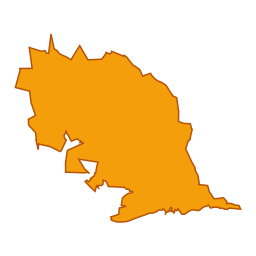 the district of Ramos Arizpe, Coahuila, Mexico
{"feature_id": "50627088B1488755030545", "entity_name": "Ramos Arizpe", "entity_type": "district", "adm_level": 2, "iso_a3": "MEX", "parent_name": "Mexico", "parent_adm1": "Coahuila", "projection": "natural_earth1", "projection_center": [-101.014, 25.924], "detail": "fine", "context": "isolated", "style": "filled", "palette": "amber", "viewbox_px": 256, "rotation_deg": 0, "n_neighbors": 0, "source": "geoboundaries", "source_scale": "gbopen_adm2", "svg_char_len": 5144}
<svg xmlns="http://www.w3.org/2000/svg" viewBox="0 0 256 256"><path d="M173.6,213.6L173.8,213.2L173.9,212.9L174.1,212.7L174.2,212.4L174.3,212.4L174.5,212.1L174.6,211.8L174.7,211.6L174.8,211.4L174.8,211.2L175.0,211.0L175.0,210.8L175.1,210.4L175.1,209.6L176.6,210.5L177.0,210.7L177.9,208.7L181.8,214.2L184.3,214.3L185.3,213.7L186.7,212.9L187.3,212.2L187.6,212.1L188.2,211.7L190.7,210.4L191.1,210.1L191.7,209.9L192.2,209.8L198.6,210.6L199.2,210.2L199.3,210.3L201.0,209.1L203.0,207.3L203.7,206.9L204.1,206.8L204.4,206.6L204.9,206.5L205.3,206.5L206.0,206.4L206.4,206.4L207.6,205.5L208.4,205.0L210.2,207.8L211.3,208.0L211.5,208.0L211.7,207.9L211.9,207.8L212.2,207.5L212.9,207.2L213.2,207.3L214.1,207.4L215.1,207.1L215.5,207.1L216.0,207.1L216.6,207.2L218.0,207.5L218.4,207.6L218.7,207.5L219.1,207.4L219.6,207.8L219.8,208.3L221.9,208.2L222.9,208.5L223.7,208.7L223.8,208.8L224.2,209.0L224.6,209.1L224.8,209.1L225.3,209.2L225.9,209.2L226.3,209.2L227.2,209.3L227.4,209.4L227.6,209.4L229.1,208.1L240.6,209.2L239.2,205.8L238.2,205.4L237.6,205.3L235.6,205.2L235.2,205.0L234.7,204.8L234.3,204.6L233.9,204.5L233.4,204.3L233.0,204.2L232.7,204.1L232.2,204.0L231.9,203.8L231.5,203.6L230.8,203.5L230.4,203.4L230.0,203.3L229.6,203.3L229.4,203.3L229.1,203.3L228.7,203.4L227.3,203.7L227.0,203.8L226.9,203.8L226.6,203.7L226.6,203.3L226.5,203.1L226.5,202.9L226.7,202.7L226.8,202.5L226.9,202.4L227.0,202.2L227.0,201.9L223.6,197.9L223.1,197.8L222.5,197.7L222.3,197.7L221.7,197.7L221.4,197.8L221.0,198.0L220.5,198.1L220.1,198.2L219.6,198.5L219.4,198.6L219.1,198.6L218.8,198.5L218.6,198.4L218.4,198.3L217.8,198.4L217.1,198.5L216.7,198.6L216.4,198.6L216.2,198.6L215.9,198.6L215.7,198.6L214.8,198.7L214.1,198.8L209.2,191.6L208.4,188.3L207.6,185.5L199.1,184.6L198.7,184.4L199.2,183.2L198.0,175.7L195.4,170.7L195.0,167.6L191.8,162.1L185.7,148.9L188.2,141.1L188.3,140.9L189.4,140.3L189.8,139.9L190.1,139.3L190.3,137.9L190.6,136.3L192.2,129.3L191.5,128.6L190.3,123.8L183.3,123.3L178.5,121.4L178.7,111.1L178.5,110.4L176.7,97.8L172.4,95.6L172.4,94.9L170.7,92.9L170.2,92.0L169.5,90.6L168.6,89.6L167.5,87.5L166.9,86.5L166.7,86.3L165.8,85.2L164.8,84.4L164.1,84.0L163.3,83.4L163.0,83.3L162.1,82.7L161.5,82.3L158.5,81.2L155.1,79.1L151.6,75.3L150.6,73.3L145.0,75.2L142.6,76.1L139.8,69.7L135.6,66.6L132.9,65.0L126.6,57.0L124.1,55.3L123.7,56.2L111.6,51.3L111.4,52.2L110.9,53.3L109.8,53.8L108.6,53.6L107.5,53.1L106.5,52.5L105.9,52.3L105.8,52.5L105.9,52.8L106.0,52.9L106.0,53.1L105.9,53.4L105.9,53.6L105.6,54.0L105.4,54.1L104.6,55.4L101.7,59.2L92.6,59.6L87.9,59.8L86.1,56.6L84.6,54.1L79.7,45.6L70.9,59.9L68.2,58.0L68.0,57.9L67.5,57.6L67.2,57.4L59.6,53.9L57.3,50.8L54.1,48.7L51.0,34.0L48.6,53.4L46.3,53.0L45.2,50.7L41.1,51.2L29.3,47.5L32.1,68.4L19.7,68.5L20.1,70.3L15.4,87.5L29.6,91.2L31.1,102.7L35.5,115.5L28.3,119.3L28.4,120.0L28.6,124.4L29.2,125.8L33.6,130.5L35.6,132.8L36.3,139.3L35.9,139.6L38.2,149.7L38.7,144.0L50.1,146.6L60.1,151.6L61.2,150.8L66.4,139.9L64.8,138.9L64.7,137.8L64.2,136.7L64.0,135.7L64.2,135.2L64.5,134.6L64.9,134.0L66.2,132.9L65.5,130.4L71.3,141.2L77.3,138.8L79.5,140.8L80.5,140.8L80.6,141.9L80.2,142.4L81.5,142.1L82.0,143.2L84.1,142.8L67.4,150.4L65.5,162.9L65.6,172.2L83.2,172.8L87.8,172.5L89.5,173.4L84.5,168.8L82.0,164.6L80.6,162.4L78.7,159.2L98.0,162.1L96.7,166.6L96.3,169.4L95.8,172.5L95.5,172.6L95.0,172.9L94.9,172.9L94.3,175.8L90.7,178.3L91.2,178.7L88.5,181.8L86.9,180.1L85.1,181.6L89.9,186.6L95.0,191.4L95.4,190.1L96.3,186.5L98.3,187.8L97.4,185.8L98.5,186.2L99.1,185.4L100.9,185.5L101.4,185.5L101.7,185.5L103.0,184.3L103.1,180.1L106.4,181.8L108.3,186.5L124.2,187.4L124.5,187.3L126.3,189.2L128.7,189.2L129.7,191.3L131.2,191.0L132.6,192.0L131.1,193.1L128.9,193.2L128.0,193.7L127.0,194.1L124.1,196.4L123.1,197.5L122.5,198.0L122.2,199.2L121.3,205.3L126.1,206.2L119.3,208.0L118.9,213.1L118.7,214.3L110.7,217.0L111.3,218.2L111.6,218.7L111.6,218.8L111.1,219.2L111.3,220.0L111.5,220.1L114.3,221.1L117.2,222.0L121.2,222.0L122.8,221.9L125.0,221.7L127.4,221.4L134.7,218.6L139.1,217.0L140.9,216.3L147.0,214.2L149.1,213.3L153.7,212.9L155.4,212.0L155.7,211.8L156.8,211.5L157.0,211.5L157.6,210.6L158.1,210.4L158.5,210.4L158.8,210.2L159.7,209.8L160.8,210.0L161.9,210.2L162.9,209.7L163.2,208.8L163.9,209.1L164.0,209.3L164.1,209.5L164.3,209.8L164.6,210.0L164.8,210.2L165.0,210.7L165.0,210.4L165.2,210.9L165.3,211.4L165.4,211.5L165.5,212.0L165.8,212.2L165.9,212.3L165.4,213.7L165.1,214.7L165.5,214.1L165.7,213.4L165.9,212.8L165.9,212.7L166.0,212.6L166.2,212.4L166.4,212.3L166.6,212.2L166.9,212.2L167.1,212.1L167.3,212.1L167.6,212.0L167.6,211.9L167.8,211.7L168.1,211.0L168.3,210.5L168.2,211.1L168.9,211.6L169.0,211.2L169.2,210.6L169.2,210.4L169.4,210.1L169.5,210.0L169.5,209.9L169.6,209.6L169.9,209.0L170.6,207.6L170.8,207.7L171.2,207.6L171.4,207.6L171.5,207.6L171.8,207.8L171.9,208.1L171.9,208.4L171.9,208.5L171.8,208.9L171.8,209.0L171.7,209.2L171.5,209.7L171.5,209.8L171.5,210.0L170.8,211.0L171.1,211.4L171.2,211.5L171.4,211.2L171.5,211.1L171.8,210.4L172.0,210.5L172.1,210.8L172.1,211.1L172.3,211.3L172.7,211.5L172.8,211.6L173.5,211.7L173.5,211.8L173.5,212.0L173.7,212.6L173.7,212.8L173.7,213.2L173.6,213.3L173.6,213.6Z" fill="#f59e0b" stroke="#b45309" stroke-width="1.5"/></svg>